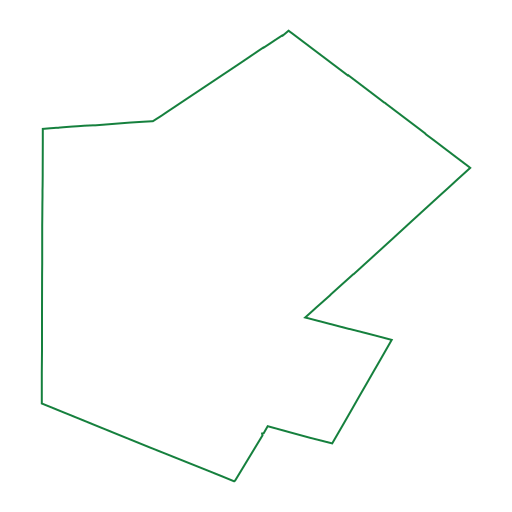 Viziru, Braila, Romania
{"feature_id": "2599482B41463898366157", "entity_name": "Viziru", "entity_type": "district", "adm_level": 2, "iso_a3": "ROU", "parent_name": "Romania", "parent_adm1": "Braila", "projection": "robinson", "projection_center": [27.708, 45.019], "detail": "fine", "context": "isolated", "style": "outline", "palette": "green", "viewbox_px": 512, "rotation_deg": 0, "n_neighbors": 0, "source": "geoboundaries", "source_scale": "gbopen_adm2", "svg_char_len": 1545}
<svg xmlns="http://www.w3.org/2000/svg" viewBox="0 0 512 512"><path d="M234.1,481.3L234.4,481.1L235.1,480.6L236.7,478.0L248.8,458.0L262.5,435.4L262.1,433.5L263.7,433.2L267.7,426.2L288.8,432.0L310.4,437.9L332.2,443.4L342.7,425.3L350.8,411.2L359.4,396.1L367.2,382.6L375.1,368.8L375.3,368.5L380.6,359.3L391.7,339.9L371.3,334.5L349.7,329.0L348.9,328.9L305.2,317.5L316.6,307.2L330.4,295.0L330.5,294.7L341.6,284.7L353.2,274.3L353.6,274.2L390.3,240.8L412.2,220.7L440.8,194.6L446.6,189.4L457.7,179.2L470.2,167.9L468.9,166.8L455.9,157.0L443.4,147.5L434.6,140.8L425.7,134.2L425.4,133.6L423.7,132.3L422.0,131.0L419.8,129.3L417.8,127.8L396.9,112.0L385.8,103.6L385.5,103.2L384.5,102.6L384.1,102.5L379.7,99.1L374.7,95.3L348.2,75.2L347.9,75.5L320.5,54.8L291.8,33.1L290.1,31.9L288.6,30.7L287.4,31.7L284.8,33.9L282.6,35.7L282.3,35.4L274.9,40.2L273.3,41.3L263.6,47.7L263.4,47.5L258.6,50.7L240.6,62.9L192.3,95.1L169.8,110.1L167.7,111.5L161.2,115.9L159.2,117.2L157.1,118.5L152.9,121.2L142.3,121.8L129.5,122.6L95.8,125.3L93.7,125.3L84.5,125.7L82.0,125.9L78.1,126.2L71.5,126.6L65.1,127.1L59.3,127.6L58.7,127.7L58.4,127.8L57.0,127.8L56.4,127.8L56.1,127.8L53.8,128.0L49.7,128.3L42.8,128.9L42.8,130.2L42.8,142.2L42.7,170.3L42.7,175.6L42.6,186.2L42.5,190.1L42.5,196.8L42.4,202.9L42.3,216.2L42.3,216.3L42.2,225.7L42.2,245.0L42.2,264.4L42.1,274.0L42.0,312.1L42.0,312.5L42.0,332.0L42.0,351.1L41.8,372.5L41.8,386.8L41.8,402.2L41.8,403.5L92.9,424.3L102.2,428.1L149.7,447.4L161.5,452.1L190.8,463.8L224.4,477.3L234.1,481.3Z" fill="none" stroke="#15803d" stroke-width="2"/></svg>